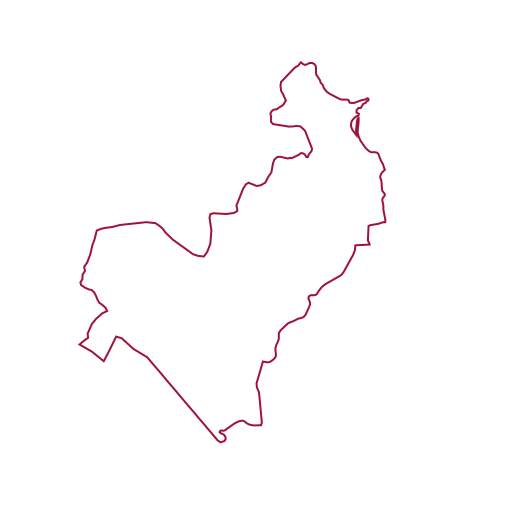 the Region of Oriental, rotated 47°
{"feature_id": "MAR-1454", "entity_name": "Oriental", "entity_type": "Region", "adm_level": 1, "iso_a3": "MAR", "parent_name": "Morocco", "parent_adm1": "", "projection": "robinson", "projection_center": [-2.611, 33.589], "detail": "fine", "context": "isolated", "style": "outline", "palette": "rose", "viewbox_px": 512, "rotation_deg": 47, "n_neighbors": 0, "source": "natural_earth", "source_scale": "10m", "svg_char_len": 3871}
<svg xmlns="http://www.w3.org/2000/svg" viewBox="0 0 512 512"><g transform="rotate(47 256 256)"><path d="M219.2,78.5L217.6,80.1L217.9,82.9L219.6,84.7L222.2,83.8L223.3,85.5L222.6,86.5L222.2,88.0L222.1,89.7L222.4,93.0L222.8,94.3L223.6,95.5L224.8,97.1L227.0,98.6L230.0,99.6L236.1,100.2L232.4,97.2L226.0,89.9L224.7,87.7L225.1,86.9L226.2,87.8L230.4,92.2L231.0,93.3L235.0,97.4L238.7,99.5L243.1,101.0L251.8,102.2L255.7,101.9L257.8,101.4L259.2,100.5L260.9,98.5L262.6,97.2L264.3,96.8L272.4,99.9L274.3,100.2L276.3,100.9L278.6,102.1L280.8,102.9L280.9,106.9L281.7,109.6L283.2,111.6L285.8,112.6L289.0,114.9L291.7,117.3L294.5,119.2L298.3,119.5L299.4,120.3L299.8,121.6L299.9,122.9L300.3,124.4L301.5,125.7L306.0,128.5L308.9,131.2L317.8,136.8L319.4,138.4L319.1,139.1L318.0,140.0L315.9,144.6L311.4,151.4L310.8,153.2L321.0,163.6L324.1,164.5L325.1,165.1L316.0,176.0L319.3,179.9L321.5,184.4L327.6,203.2L327.8,204.6L328.1,206.0L327.8,208.0L323.9,224.4L323.6,229.2L324.4,234.2L325.3,237.2L325.3,238.3L324.6,239.8L323.8,240.9L322.8,241.8L322.0,242.8L321.6,244.4L322.1,246.0L323.4,246.9L326.4,248.0L327.9,249.1L328.8,250.3L332.7,259.5L333.1,262.9L332.0,265.6L330.7,267.6L329.1,273.2L328.0,275.8L327.1,278.4L327.1,288.4L327.9,291.8L332.3,296.0L333.8,298.9L335.0,302.1L336.7,304.7L339.0,306.7L341.5,308.5L342.9,309.9L343.5,312.1L343.5,314.4L343.2,316.7L343.0,317.7L342.6,318.7L342.1,319.5L341.5,320.2L337.9,322.9L349.5,342.4L352.4,344.8L357.8,346.8L381.9,365.4L383.2,367.7L378.3,373.3L375.4,375.5L372.2,376.8L368.7,377.3L367.3,378.1L365.9,379.9L365.1,381.7L363.9,385.4L362.6,394.7L362.4,395.9L362.5,396.8L362.3,397.6L361.8,398.7L361.3,399.3L359.9,400.4L359.5,401.0L359.9,402.7L361.3,402.7L364.5,401.4L366.1,401.4L367.9,402.0L369.3,403.2L369.8,405.3L368.1,409.0L364.7,409.8L358.2,409.5L357.5,409.4L355.5,409.3L352.2,409.2L347.9,409.0L342.7,408.7L336.7,408.5L330.1,408.1L323.1,407.8L315.7,407.5L308.2,407.1L300.7,406.7L293.2,406.4L286.1,406.1L279.4,405.7L273.2,405.4L267.7,405.2L255.9,404.6L240.5,409.0L224.6,410.3L219.6,413.2L225.6,429.1L229.1,439.1L214.1,441.2L200.4,445.4L200.6,439.8L201.3,434.6L197.9,432.0L193.8,422.4L192.9,415.9L193.1,407.4L194.7,402.4L191.3,401.4L187.2,401.7L183.3,402.5L179.5,401.6L176.6,400.4L172.5,399.2L169.0,399.3L166.6,400.9L162.8,402.6L157.9,403.7L155.6,402.5L154.6,398.8L151.4,395.6L150.3,391.3L146.8,389.1L145.6,383.9L141.9,376.3L136.3,367.9L134.0,363.2L128.8,355.1L130.4,350.9L132.5,347.3L136.7,341.4L140.7,334.1L156.5,313.1L163.3,307.2L167.8,306.1L172.4,305.6L177.5,306.2L187.2,305.7L211.6,300.9L216.4,298.3L220.8,294.5L219.7,288.8L216.0,281.2L206.9,271.2L196.2,263.8L194.3,260.6L195.8,257.9L205.0,249.1L209.4,242.9L210.3,239.1L208.6,237.5L205.8,236.0L198.0,219.5L196.7,214.4L197.3,211.5L205.2,207.8L207.5,204.3L208.7,199.2L206.6,193.4L205.3,187.7L199.9,180.5L198.0,176.9L198.1,174.1L198.1,173.1L198.9,171.8L200.1,170.5L206.3,166.3L206.9,165.5L207.1,164.7L207.5,164.0L208.4,163.6L208.8,163.2L209.0,162.3L209.2,162.0L211.3,155.2L211.3,153.2L212.6,151.8L214.7,151.1L216.6,151.3L218.0,151.7L219.0,150.7L217.9,148.6L217.5,146.5L217.2,144.0L215.9,141.9L197.8,134.7L191.6,135.1L188.5,137.7L186.6,140.4L183.7,143.8L171.2,153.5L168.3,153.6L164.1,149.7L161.7,148.4L160.9,146.4L160.8,144.2L161.5,142.4L162.9,140.8L163.0,138.6L163.7,135.6L164.0,132.8L162.7,128.2L156.0,125.8L152.6,125.1L148.3,122.1L145.8,119.0L144.7,98.9L145.6,95.3L145.0,91.7L145.0,91.0L147.9,90.7L149.8,89.8L150.6,87.9L151.4,85.2L153.1,83.3L155.4,82.4L157.6,82.7L159.3,83.8L162.8,87.0L164.6,88.3L171.0,89.3L173.2,90.5L174.2,90.6L175.3,90.4L176.2,90.5L177.2,90.8L178.8,91.6L179.7,91.9L184.0,92.2L187.7,91.5L198.2,87.8L200.0,86.7L203.9,82.6L204.8,82.1L205.5,82.1L206.3,82.5L207.2,82.9L208.2,82.7L210.9,80.0L214.3,72.0L216.4,68.8L216.3,67.7L216.7,66.9L217.5,66.6L218.5,67.1L218.9,67.9L218.4,69.7L218.8,70.9L217.9,74.0L219.0,77.9L219.2,78.4L219.2,78.5Z" fill="none" stroke="#9f1239" stroke-width="2"/></g></svg>